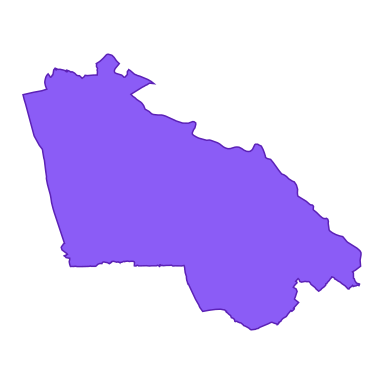 Valeni, Neamt, Romania (Albers equal-area conic projection)
{"feature_id": "2599482B70512380232271", "entity_name": "Valeni", "entity_type": "district", "adm_level": 2, "iso_a3": "ROU", "parent_name": "Romania", "parent_adm1": "Neamt", "projection": "albers", "projection_center": [26.711, 47.039], "detail": "fine", "context": "isolated", "style": "filled", "palette": "violet", "viewbox_px": 384, "rotation_deg": 0, "n_neighbors": 0, "source": "geoboundaries", "source_scale": "gbopen_adm2", "svg_char_len": 5875}
<svg xmlns="http://www.w3.org/2000/svg" viewBox="0 0 384 384"><path d="M202.7,311.4L209.4,310.2L215.5,309.4L220.5,309.2L224.2,309.9L224.4,309.8L225.3,310.4L225.5,310.9L226.5,311.3L226.2,311.9L226.4,312.2L227.5,312.9L228.9,314.3L230.5,315.5L230.7,315.8L231.4,317.7L232.7,318.0L234.4,319.4L234.9,321.4L235.6,321.6L236.4,321.3L237.1,321.4L238.0,322.1L238.6,322.2L239.5,322.7L240.7,322.8L243.0,324.6L243.6,325.5L245.4,326.2L248.7,328.0L250.4,329.5L251.2,329.8L255.5,329.3L256.8,328.6L257.9,328.6L259.8,327.3L268.2,323.8L271.2,322.3L272.4,322.4L274.2,323.2L276.5,323.9L276.9,324.1L277.1,324.7L277.9,324.4L278.2,323.6L278.9,323.0L278.7,322.9L278.9,322.3L280.8,321.3L281.1,320.8L281.2,320.4L282.3,319.1L283.2,318.3L286.3,316.5L288.0,314.0L290.9,310.5L291.3,310.6L291.6,311.2L291.8,311.3L293.6,309.8L294.3,308.9L294.3,308.4L293.6,308.1L298.6,302.5L294.5,299.2L294.6,298.5L295.3,297.0L296.5,293.2L297.1,291.5L297.1,291.2L296.6,290.4L296.3,289.1L293.3,287.3L293.5,286.8L295.4,284.4L296.9,283.0L297.0,282.5L296.9,282.2L295.7,281.3L298.1,278.6L299.0,279.4L299.9,281.5L301.5,282.1L305.1,281.4L306.9,281.7L308.6,281.6L309.3,281.8L310.2,282.8L310.6,283.8L311.3,284.6L315.0,287.5L316.1,289.0L318.7,291.2L321.0,289.6L321.5,288.8L324.4,286.6L325.7,285.1L325.8,283.9L326.7,283.6L327.5,282.3L329.2,280.5L330.4,278.7L331.5,277.7L331.7,276.9L332.1,276.9L333.8,277.6L334.5,278.2L334.7,278.9L335.3,279.3L335.7,279.3L338.2,281.1L340.3,282.2L341.7,283.5L345.2,285.9L348.0,288.9L349.0,289.0L349.7,287.6L350.2,287.6L352.6,285.4L353.2,286.5L353.8,286.1L354.8,286.1L356.4,285.7L357.1,285.1L359.0,285.6L359.5,284.3L359.5,284.0L356.5,283.1L356.3,282.9L356.3,282.7L356.0,282.4L354.8,280.6L354.3,278.8L353.5,278.2L353.4,272.9L352.5,271.9L355.5,270.1L360.6,266.2L360.1,260.2L361.0,254.9L361.0,252.8L360.2,251.1L358.7,249.6L356.9,248.1L347.5,242.2L346.5,241.2L343.6,237.6L342.7,236.6L339.6,235.9L335.9,234.6L332.4,232.8L329.9,231.0L329.1,229.9L328.2,223.2L328.4,221.5L328.0,219.9L327.7,219.2L326.4,218.3L325.6,218.6L323.7,218.5L322.3,217.8L319.9,215.8L316.8,212.7L313.2,209.7L313.5,206.4L312.9,205.5L312.0,204.9L311.1,205.0L309.8,204.4L306.4,201.4L298.0,196.2L297.6,195.1L297.4,192.8L297.6,189.3L296.4,185.1L294.3,181.9L292.3,181.1L288.7,178.8L286.5,176.5L284.1,174.9L281.6,173.9L278.6,170.1L273.3,162.7L270.6,159.4L267.7,158.7L266.6,158.2L265.5,157.4L265.4,156.3L264.3,152.8L263.1,149.6L261.3,146.1L258.9,145.0L257.7,144.2L255.4,144.2L254.7,144.8L252.7,149.0L251.8,150.1L250.2,151.3L248.5,151.5L246.5,151.3L243.9,150.1L241.8,148.6L239.0,147.2L236.8,147.0L234.9,147.2L230.3,148.6L227.9,148.7L225.5,148.0L223.4,146.9L219.7,144.0L217.6,142.8L211.0,140.4L209.4,140.0L206.7,140.3L198.7,138.1L196.4,137.0L193.5,135.3L192.3,134.0L192.4,132.5L193.6,129.7L194.9,127.9L195.8,124.4L195.7,122.9L194.0,121.7L192.6,121.6L188.4,123.2L182.7,123.1L176.3,121.0L165.6,116.1L163.4,115.4L161.6,115.0L157.9,115.0L153.4,114.5L151.6,113.8L149.0,111.4L145.1,109.2L143.6,105.5L141.9,103.2L140.7,102.1L136.8,99.5L134.8,97.6L132.8,96.3L130.9,94.3L142.8,86.9L143.6,86.6L145.7,85.3L147.0,84.8L148.9,83.5L149.9,83.2L153.9,83.6L151.1,81.4L147.8,79.5L139.9,76.2L137.4,75.5L136.0,74.8L134.6,74.3L130.3,70.6L128.7,69.6L128.4,70.3L127.4,71.4L127.3,73.0L127.4,74.4L124.9,77.2L123.7,77.1L123.2,76.4L121.7,75.1L116.4,73.5L115.1,72.9L114.6,72.3L114.4,71.5L114.4,70.5L114.8,69.3L115.6,68.1L119.3,63.6L117.6,62.0L116.3,60.6L114.1,57.4L112.1,55.4L111.1,55.0L108.1,54.2L107.1,54.4L106.4,54.8L103.3,58.2L100.6,60.7L99.5,61.6L96.3,63.6L96.7,64.2L96.5,64.6L96.5,66.7L97.4,68.0L97.5,68.5L97.1,70.0L97.1,70.3L97.4,70.8L97.4,72.6L97.2,75.0L93.2,75.1L87.4,75.6L85.1,75.3L84.2,76.7L82.1,78.3L80.5,76.6L79.4,75.7L78.1,75.7L76.6,75.2L74.8,73.3L73.4,72.4L71.9,71.7L71.0,72.1L69.4,71.1L66.7,70.1L66.4,70.2L66.1,70.5L67.1,70.9L67.5,71.3L67.2,71.7L66.9,71.8L66.3,71.7L65.0,70.6L63.6,70.1L60.0,69.3L57.9,69.4L56.7,68.8L56.5,69.7L56.2,69.9L55.8,69.7L55.7,69.4L55.8,69.0L55.1,68.2L53.7,70.0L53.1,73.8L52.8,74.5L52.8,74.9L52.2,75.2L51.6,76.5L50.7,77.2L50.0,76.8L49.7,76.0L48.1,73.9L46.9,75.2L45.9,77.0L45.3,79.1L44.9,81.1L44.8,82.8L45.5,85.9L46.8,89.2L41.7,90.8L33.5,92.3L23.0,94.7L24.1,99.2L25.6,104.1L34.0,135.4L34.3,136.2L39.3,145.3L42.2,149.1L42.5,149.9L42.8,152.1L43.8,158.0L44.4,160.2L44.7,162.7L45.7,171.0L46.5,176.5L46.4,178.5L46.6,179.8L47.5,184.4L50.3,194.7L50.9,197.9L51.6,202.7L53.1,208.7L54.4,213.0L64.5,243.4L64.1,243.5L63.2,244.2L63.0,244.8L62.3,245.6L61.2,247.3L62.0,249.9L67.0,253.7L67.4,254.4L66.3,254.7L66.1,255.3L65.5,255.4L65.0,255.8L64.3,255.6L64.1,255.8L65.5,256.8L66.1,257.6L68.5,258.1L69.7,258.2L69.7,259.6L69.2,261.7L69.7,264.4L70.4,266.4L70.8,266.6L71.5,266.4L73.3,266.5L75.4,266.3L77.4,266.6L81.5,266.6L88.9,266.4L90.6,266.0L90.9,266.3L95.5,266.3L96.0,266.1L98.0,264.2L99.8,263.5L101.9,263.6L102.5,262.4L103.8,261.9L105.8,262.4L107.4,262.6L109.3,263.7L110.3,263.1L110.3,262.8L111.2,262.5L111.6,262.1L111.5,261.7L111.8,261.5L113.6,261.3L116.8,262.2L118.1,261.8L118.4,262.1L119.7,262.4L120.0,262.8L120.1,262.5L121.8,262.2L124.0,261.3L124.7,261.7L125.3,261.4L127.5,261.1L129.4,261.5L130.8,261.3L133.1,261.3L134.2,261.8L134.5,262.5L134.3,265.8L135.0,266.0L136.2,265.9L136.6,265.5L137.1,265.4L137.7,265.3L138.7,265.9L146.6,265.7L149.4,266.0L151.4,265.8L156.3,265.8L156.7,265.7L157.3,265.3L158.7,265.6L159.0,265.8L159.4,266.5L159.6,266.5L159.8,266.2L159.6,265.9L159.9,265.4L159.9,264.8L160.2,264.7L160.6,265.0L160.6,265.4L161.0,265.5L161.6,265.5L162.0,265.3L162.5,265.6L162.9,265.5L163.5,265.7L164.3,265.6L166.4,265.4L169.2,265.4L171.5,265.2L172.9,266.0L175.3,265.8L181.7,265.9L184.0,265.5L184.3,266.1L184.8,268.6L184.7,269.2L184.9,269.7L185.0,271.0L185.1,271.3L185.2,271.9L185.1,272.0L185.4,273.3L186.5,276.8L186.4,277.2L186.5,278.5L186.8,280.4L187.4,282.0L187.6,283.1L187.9,283.4L188.0,284.1L188.1,284.3L188.5,284.2L188.8,284.9L195.6,299.4L198.9,305.1L199.3,306.3L200.0,307.7L202.7,311.4Z" fill="#8b5cf6" stroke="#5b21b6" stroke-width="1.5"/></svg>